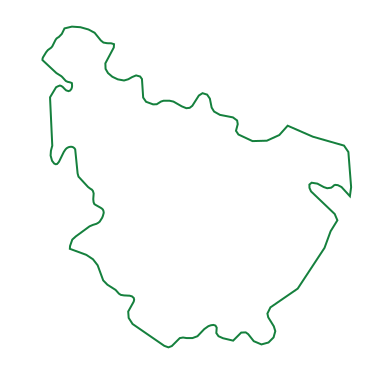 the border of Bologna, rotated 94°
{"feature_id": "ITA-5362", "entity_name": "Bologna", "entity_type": "Province", "adm_level": 1, "iso_a3": "ITA", "parent_name": "Italy", "parent_adm1": "", "projection": "orthographic", "projection_center": [11.264, 44.436], "detail": "fine", "context": "isolated", "style": "outline", "palette": "green", "viewbox_px": 384, "rotation_deg": 94, "n_neighbors": 0, "source": "natural_earth", "source_scale": "10m", "svg_char_len": 2541}
<svg xmlns="http://www.w3.org/2000/svg" viewBox="0 0 384 384"><g transform="rotate(94 192 192)"><path d="M176.1,33.6L185.2,34.2L176.6,43.2L175.0,47.0L174.9,49.7L175.6,51.0L176.7,51.9L178.0,53.5L178.8,57.4L177.9,60.9L174.9,67.5L174.4,73.3L176.4,75.4L179.7,75.1L183.1,73.3L204.0,48.1L210.1,45.0L221.5,51.0L238.5,55.9L281.0,79.8L301.6,105.7L308.0,108.3L311.7,107.2L320.3,101.0L325.0,99.2L331.4,100.5L336.8,105.2L339.2,112.1L336.5,120.0L329.9,126.0L328.3,128.6L328.8,133.1L337.4,140.6L335.7,150.9L334.0,155.5L331.0,157.9L325.6,157.9L323.6,159.3L323.1,161.3L323.6,163.8L324.7,166.3L327.9,170.2L335.5,176.5L337.7,181.4L338.1,187.0L337.8,190.8L338.6,194.0L347.1,201.4L348.6,204.7L347.4,208.9L327.8,242.1L322.0,246.4L315.7,247.3L305.4,242.5L303.5,242.2L301.8,242.7L300.3,244.6L299.8,247.0L299.9,252.6L299.6,255.8L298.5,257.8L295.0,261.4L290.4,269.9L286.4,274.4L271.7,281.0L266.0,286.1L262.1,293.0L257.2,309.9L254.4,309.9L247.8,308.1L244.3,304.7L233.4,291.8L231.7,288.5L230.4,285.1L229.2,283.3L228.0,282.0L223.9,279.8L222.0,279.2L218.9,278.6L217.1,279.0L215.7,279.7L214.8,280.8L214.1,282.0L211.5,287.5L210.7,288.7L208.9,289.5L206.0,290.0L200.3,290.0L197.9,290.9L196.6,292.1L196.1,293.1L195.6,294.0L194.2,296.1L184.6,306.3L181.5,307.4L157.6,311.5L156.5,312.4L155.7,313.6L155.3,315.0L155.4,316.6L155.8,318.0L156.5,319.3L157.3,320.3L158.4,321.2L161.0,322.7L171.1,326.8L172.4,327.7L173.5,328.6L173.8,329.9L173.2,331.5L170.6,333.8L165.5,335.6L160.7,335.6L156.4,334.8L155.7,334.6L109.5,340.0L107.4,340.2L97.0,334.9L96.0,333.3L95.0,331.2L95.4,329.7L96.2,328.3L98.3,326.0L99.4,324.6L100.0,322.2L99.3,320.7L97.6,319.5L96.0,319.1L94.6,319.0L91.8,319.4L91.3,320.6L91.0,322.1L90.8,323.6L90.4,324.7L90.1,325.5L89.3,326.4L86.5,329.3L85.6,330.4L82.8,335.6L70.8,350.4L69.5,350.4L68.2,350.1L62.8,347.3L60.5,345.7L57.8,342.5L56.4,341.5L49.9,338.8L48.4,337.9L47.5,336.9L46.7,335.7L43.4,332.9L37.7,330.6L35.4,323.3L35.4,314.8L37.1,306.6L40.0,300.2L47.2,293.5L49.1,290.8L49.5,287.0L49.3,282.9L50.0,280.1L53.3,280.1L69.7,287.4L75.2,286.8L79.2,284.1L82.6,279.5L84.8,273.9L85.5,267.6L84.0,263.5L81.5,259.7L79.6,255.9L80.4,251.8L82.8,249.8L101.2,247.3L105.2,244.1L107.3,236.9L106.9,233.3L103.9,229.2L102.9,226.6L102.5,220.9L103.1,216.8L107.3,208.1L108.8,203.5L108.2,200.2L106.0,197.7L95.3,191.9L92.7,188.4L93.8,183.7L97.6,180.7L106.4,178.3L110.2,175.6L113.1,169.5L114.7,156.4L117.5,152.0L121.1,151.1L127.9,152.4L131.4,149.7L137.0,135.2L135.6,120.9L129.1,108.9L119.2,101.2L128.4,75.3L135.1,43.6L141.2,38.8L176.1,33.6Z" fill="none" stroke="#15803d" stroke-width="2"/></g></svg>